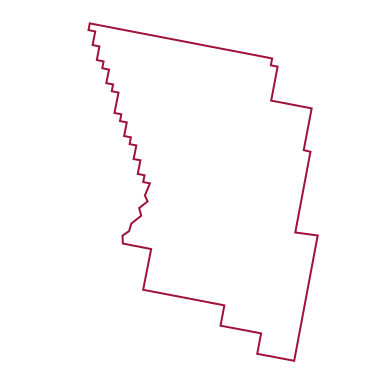 outline of Treasure, Montana, United States of America, rotated 11°
{"feature_id": "52423323B86233996711525", "entity_name": "Treasure", "entity_type": "district", "adm_level": 2, "iso_a3": "USA", "parent_name": "United States of America", "parent_adm1": "Montana", "projection": "orthographic", "projection_center": [-107.432, 46.176], "detail": "fine", "context": "isolated", "style": "outline", "palette": "rose", "viewbox_px": 384, "rotation_deg": 11, "n_neighbors": 0, "source": "geoboundaries", "source_scale": "gbopen_adm2", "svg_char_len": 773}
<svg xmlns="http://www.w3.org/2000/svg" viewBox="0 0 384 384"><g transform="rotate(11 192 192)"><path d="M59.5,46.0L59.5,52.8L66.4,52.9L66.4,66.7L73.3,66.8L73.4,80.6L80.3,80.7L80.3,87.6L87.2,87.7L87.1,101.5L94.0,101.5L94.0,108.4L100.9,108.4L100.8,129.2L107.8,129.2L107.8,136.1L114.7,136.1L114.7,150.0L121.6,150.0L121.6,156.9L128.5,156.9L128.4,170.8L135.3,170.7L135.3,184.6L142.2,184.6L142.2,191.5L149.1,191.6L146.4,204.4L150.2,209.7L143.2,217.8L146.7,225.0L138.5,234.5L137.7,242.4L132.1,248.1L134.0,255.8L162.8,255.8L162.7,297.3L245.4,297.1L245.5,317.8L286.8,317.6L286.9,338.4L324.5,338.2L324.5,333.8L323.7,210.7L301.1,212.0L300.6,129.9L293.7,129.6L293.5,87.1L252.3,87.2L252.1,52.6L245.2,52.6L245.2,45.6L59.5,46.0Z" fill="none" stroke="#9f1239" stroke-width="2"/></g></svg>